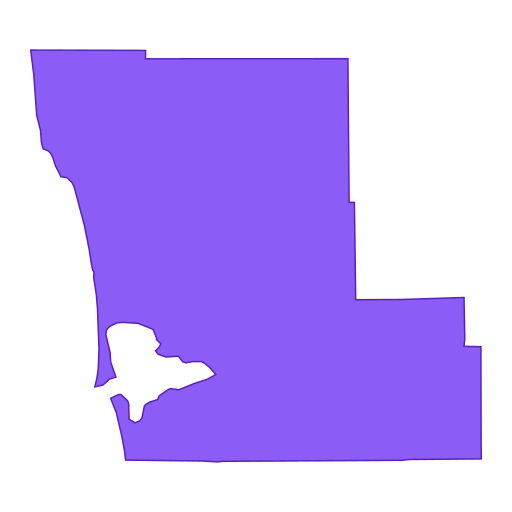 Grays Harbor, Washington, United States of America (orthographic projection)
{"feature_id": "52423323B85210970682519", "entity_name": "Grays Harbor", "entity_type": "district", "adm_level": 2, "iso_a3": "USA", "parent_name": "United States of America", "parent_adm1": "Washington", "projection": "orthographic", "projection_center": [-123.98, 47.162], "detail": "fine", "context": "isolated", "style": "filled", "palette": "violet", "viewbox_px": 512, "rotation_deg": 0, "n_neighbors": 0, "source": "geoboundaries", "source_scale": "gbopen_adm2", "svg_char_len": 1287}
<svg xmlns="http://www.w3.org/2000/svg" viewBox="0 0 512 512"><path d="M347.9,58.7L145.5,58.8L145.6,50.4L30.7,50.1L33.8,74.8L36.7,115.3L40.5,130.4L41.4,142.1L43.1,148.8L47.6,150.6L50.4,152.8L52.9,157.8L55.4,165.7L61.1,176.9L66.2,177.4L67.7,178.3L71.9,182.4L74.1,186.7L84.3,225.1L89.2,249.6L91.5,264.6L92.9,270.6L94.0,271.7L93.6,276.8L96.3,294.4L97.5,309.2L99.0,349.0L98.2,369.0L96.9,378.3L94.8,386.8L102.9,385.1L109.5,379.1L115.9,377.1L110.7,362.1L110.1,352.4L105.8,334.3L106.6,329.8L109.5,326.5L116.8,322.9L122.8,322.4L138.1,323.3L153.0,329.3L156.5,337.8L156.5,339.6L160.9,343.9L159.1,347.2L155.5,350.9L158.3,354.3L166.1,357.0L178.4,356.2L182.6,361.7L185.9,362.8L192.6,361.6L201.4,361.6L204.7,363.3L209.8,367.6L214.3,372.8L215.8,374.5L207.2,379.3L195.0,383.2L179.0,389.7L170.7,388.7L168.6,389.3L159.3,395.7L157.7,399.5L149.2,402.3L145.4,404.8L144.3,406.3L142.0,417.8L139.8,420.8L137.8,421.7L135.2,422.8L129.1,419.3L128.7,403.9L127.6,400.8L121.0,394.5L118.4,394.6L110.6,398.3L116.3,412.6L121.9,436.7L124.5,450.9L125.6,460.1L201.9,461.0L217.3,461.9L223.1,461.3L401.5,460.3L408.9,459.5L481.3,458.9L481.1,440.2L481.1,434.5L480.9,346.7L464.0,346.3L464.8,338.8L464.0,297.5L401.1,299.5L355.7,299.7L354.4,202.4L349.1,202.3L347.9,58.7Z" fill="#8b5cf6" stroke="#5b21b6" stroke-width="1.5"/></svg>